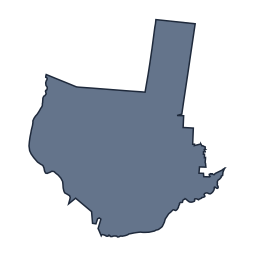 outline of Jiménez, Coahuila, Mexico, rotated 92°
{"feature_id": "50627088B62617687912347", "entity_name": "Jiménez", "entity_type": "district", "adm_level": 2, "iso_a3": "MEX", "parent_name": "Mexico", "parent_adm1": "Coahuila", "projection": "orthographic", "projection_center": [-100.845, 29.005], "detail": "fine", "context": "isolated", "style": "filled", "palette": "slate", "viewbox_px": 256, "rotation_deg": 92, "n_neighbors": 0, "source": "geoboundaries", "source_scale": "gbopen_adm2", "svg_char_len": 5322}
<svg xmlns="http://www.w3.org/2000/svg" viewBox="0 0 256 256"><g transform="rotate(92 128 128)"><path d="M205.9,184.7L200.0,177.9L202.7,174.4L211.8,162.8L212.8,161.5L224.5,160.1L224.9,156.7L219.7,155.2L218.9,153.5L220.0,151.9L229.6,154.4L230.6,153.8L236.6,151.0L235.7,150.6L235.5,150.2L235.4,149.8L235.5,149.2L235.6,148.8L235.7,148.2L236.2,146.9L236.2,146.7L236.3,146.7L236.5,146.4L236.7,146.2L236.8,145.8L236.9,145.4L236.9,145.1L236.9,144.9L236.8,144.5L236.7,144.1L236.5,143.8L236.4,143.7L236.1,143.8L235.9,143.7L235.7,143.3L235.8,143.1L235.9,142.9L236.0,142.6L236.2,142.4L236.6,142.1L236.9,141.9L237.0,141.9L237.1,141.5L237.1,141.0L237.1,140.5L237.0,139.9L236.7,139.4L236.5,138.6L236.4,137.8L236.4,136.0L236.5,135.5L236.5,135.4L237.2,134.8L237.2,134.7L237.3,134.2L237.1,133.5L236.9,132.9L236.7,132.6L236.2,131.6L236.2,131.4L236.2,131.2L236.3,130.7L236.3,130.2L236.3,129.8L235.9,128.1L235.6,126.9L235.0,125.2L234.5,124.2L233.9,123.5L233.3,120.9L232.7,118.5L232.3,116.4L231.8,113.4L231.7,112.7L231.6,111.9L231.8,109.4L231.7,107.1L231.4,103.3L230.6,100.2L230.0,97.9L229.0,96.3L228.8,95.4L228.5,94.3L227.7,93.1L226.7,91.9L226.1,91.1L225.2,90.3L223.0,89.3L220.6,88.3L219.5,88.1L217.7,87.6L217.4,87.5L216.2,86.7L214.7,85.8L212.7,84.6L212.1,84.1L211.7,83.7L210.8,82.6L210.4,82.2L209.5,81.4L209.0,80.9L208.5,80.4L208.2,80.0L208.2,79.8L208.1,79.5L208.2,79.1L208.4,78.7L208.6,78.4L208.7,77.9L208.8,77.4L208.1,76.5L207.7,76.1L207.0,75.6L205.8,75.0L205.7,74.9L205.2,74.8L204.5,74.7L203.9,74.6L203.7,74.5L202.9,74.0L202.2,73.8L201.8,74.0L201.3,73.7L200.9,73.4L200.6,73.0L200.5,72.9L200.6,71.5L200.5,71.3L200.3,71.0L200.2,70.9L199.7,70.8L199.2,70.9L198.8,70.8L198.6,70.7L198.2,70.5L197.7,70.0L197.5,69.7L197.3,69.1L197.2,68.9L197.0,68.7L196.6,68.5L196.8,68.1L197.0,67.7L198.4,66.0L199.2,64.9L199.7,64.1L199.8,63.6L199.9,63.0L199.9,62.2L199.8,61.7L199.7,61.0L199.4,60.3L198.9,59.2L198.7,59.0L198.4,58.9L197.5,58.8L197.4,58.8L197.0,59.0L196.8,58.9L196.6,58.8L196.5,58.6L196.4,58.2L196.4,57.8L196.4,57.1L196.7,56.2L196.8,55.9L197.1,55.5L197.3,55.1L197.3,54.9L196.8,54.6L196.6,54.3L196.5,54.2L196.3,53.6L195.9,52.7L195.7,52.4L195.5,52.1L195.1,51.9L194.9,51.8L194.9,51.6L194.9,51.3L194.9,51.2L194.6,50.4L194.4,49.8L194.1,49.2L193.8,48.8L193.7,48.8L193.4,48.8L193.2,48.9L191.8,49.6L191.6,49.6L191.3,49.4L191.0,49.2L190.7,48.9L190.5,48.5L190.3,48.0L190.2,47.6L190.1,47.1L190.1,46.7L190.2,46.2L190.5,45.6L190.8,45.0L190.9,44.2L191.0,43.7L190.7,43.1L190.4,42.6L189.9,42.0L189.4,41.5L188.8,41.0L188.0,40.5L187.4,40.2L186.8,39.9L186.2,39.8L185.6,39.7L185.2,39.7L184.6,39.7L184.3,39.7L184.1,39.6L184.1,39.0L184.1,38.7L184.4,38.4L184.6,38.1L185.0,37.5L185.1,37.1L185.2,36.9L185.2,36.6L185.1,36.3L184.9,36.1L184.6,35.9L184.2,35.8L183.8,35.8L183.5,35.9L183.0,36.1L182.5,36.4L181.9,36.8L181.6,36.8L181.1,36.8L180.0,36.7L179.9,36.7L179.5,36.8L179.2,36.9L178.8,36.9L178.3,36.8L177.8,36.6L176.6,35.9L176.5,35.7L176.4,35.5L176.2,35.1L176.0,34.8L175.7,34.5L175.4,34.3L175.1,34.1L174.6,33.6L174.3,33.4L174.1,33.2L173.6,33.2L173.3,33.2L173.1,33.2L172.8,33.1L172.6,32.9L172.6,32.7L172.4,32.1L172.3,31.9L172.1,31.8L171.8,31.7L171.5,31.7L171.2,31.7L170.9,31.7L170.7,31.7L170.0,31.6L169.9,31.6L169.7,31.7L168.4,31.4L165.9,30.5L165.3,30.2L164.7,29.8L164.6,29.7L164.6,29.8L164.9,30.1L165.6,30.5L165.6,31.2L166.8,32.5L168.7,36.1L170.3,39.1L171.7,40.4L171.1,42.0L170.8,42.1L170.8,43.6L171.1,43.5L171.1,44.2L171.1,44.4L171.5,45.2L172.4,45.0L172.7,44.9L173.7,44.3L174.0,44.8L174.0,50.6L170.7,51.0L170.7,55.5L167.1,55.3L164.4,55.2L164.4,48.8L160.6,49.3L160.0,49.7L157.5,49.6L156.6,49.5L154.8,49.5L155.0,50.6L151.6,50.6L151.6,51.7L149.1,51.7L149.1,50.0L148.8,50.0L148.3,50.5L147.1,51.1L146.9,51.0L146.9,50.5L146.7,49.9L146.6,50.1L144.2,50.2L143.9,51.1L143.7,51.5L143.5,52.0L143.2,52.4L143.2,52.8L143.1,53.2L143.2,53.5L141.3,54.7L141.5,54.7L141.6,54.8L141.5,55.0L143.3,61.1L141.9,61.0L142.0,62.8L125.8,62.7L125.6,70.9L125.6,72.9L113.8,72.8L113.8,79.4L112.2,74.7L99.3,73.3L68.0,69.7L54.3,68.2L21.5,64.5L18.7,103.9L23.1,104.2L26.3,104.7L48.0,106.8L51.5,107.2L62.5,108.4L73.3,109.7L91.6,112.2L91.4,115.8L91.1,124.6L90.9,129.8L90.7,134.4L89.8,155.8L89.4,165.3L88.9,178.9L88.7,181.0L86.1,188.0L85.1,190.7L80.9,202.2L77.4,211.6L78.1,211.8L79.7,212.0L80.2,212.0L80.7,210.9L81.1,210.6L81.6,210.5L82.2,210.6L82.8,210.8L83.6,211.3L84.8,211.6L85.4,211.8L86.2,211.8L86.7,211.7L87.1,211.6L87.5,211.6L88.1,211.5L88.6,211.3L89.0,210.9L89.5,210.5L90.2,210.2L90.4,210.1L90.9,210.1L91.4,210.2L92.6,210.4L93.0,210.7L93.0,210.9L93.0,211.1L93.1,211.3L93.4,211.5L93.8,211.7L94.1,211.8L94.4,211.6L94.7,211.4L95.2,211.4L95.9,211.3L96.4,211.0L96.9,211.0L97.4,211.5L98.0,211.8L98.4,212.0L98.6,212.2L99.1,213.2L99.4,213.4L99.9,213.6L101.1,214.1L102.5,214.1L104.0,214.2L104.3,214.2L105.6,214.2L106.2,214.4L107.6,214.4L108.6,214.4L110.3,215.1L111.5,216.0L112.3,216.3L114.7,217.6L117.5,219.3L119.4,220.9L121.5,222.2L124.2,223.3L125.7,223.2L128.7,223.5L133.3,224.5L135.5,224.8L140.4,225.6L145.2,226.1L149.4,226.3L154.1,225.5L157.3,223.9L161.0,221.1L165.2,217.2L167.2,214.1L167.8,212.9L168.4,211.8L170.8,210.6L173.9,209.9L175.9,208.8L176.2,207.3L174.9,204.3L173.9,202.6L174.1,200.4L175.7,198.6L177.5,196.1L180.4,193.4L183.7,191.5L186.2,191.1L190.2,190.7L193.2,189.9L195.0,189.0L196.4,186.3L197.7,184.0L199.6,183.3L202.1,183.8L205.9,184.7Z" fill="#64748b" stroke="#1e293b" stroke-width="1.5"/></g></svg>